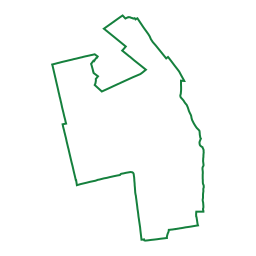 outline of Greaca, Giurgiu, Romania, rotated 270°
{"feature_id": "2599482B7970474716808", "entity_name": "Greaca", "entity_type": "district", "adm_level": 2, "iso_a3": "ROU", "parent_name": "Romania", "parent_adm1": "Giurgiu", "projection": "mercator", "projection_center": [26.317, 44.122], "detail": "fine", "context": "isolated", "style": "outline", "palette": "green", "viewbox_px": 256, "rotation_deg": 270, "n_neighbors": 0, "source": "geoboundaries", "source_scale": "gbopen_adm2", "svg_char_len": 5175}
<svg xmlns="http://www.w3.org/2000/svg" viewBox="0 0 256 256"><g transform="rotate(270 128 128)"><path d="M237.7,137.4L237.3,136.6L236.6,135.5L237.5,134.9L237.6,134.7L237.8,134.6L237.8,134.4L237.7,134.1L237.6,133.8L237.4,133.4L237.5,133.1L237.8,132.5L238.0,132.0L238.1,131.4L238.3,130.9L238.5,130.6L238.6,130.2L238.8,129.8L238.8,129.6L238.8,129.3L238.8,129.1L238.8,128.7L238.7,128.5L238.7,128.2L238.8,128.1L237.6,125.6L237.5,125.4L239.0,124.0L240.5,122.6L238.9,120.2L227.3,103.9L219.7,113.3L209.5,125.8L207.5,124.1L205.4,122.2L201.7,126.8L199.8,129.1L199.2,130.0L195.7,134.1L191.9,138.9L188.3,143.4L187.5,144.4L186.3,145.9L183.5,142.5L181.9,140.3L181.2,138.6L180.2,136.3L178.9,133.2L174.9,124.4L169.9,113.5L168.8,111.2L167.1,107.5L164.5,101.8L165.0,101.3L171.0,94.7L171.5,94.9L172.5,95.4L175.3,95.9L177.0,95.8L179.7,98.0L183.0,93.6L184.4,93.2L184.4,93.3L190.7,91.6L192.1,91.1L195.2,93.4L195.1,93.5L194.8,94.0L197.8,96.0L198.1,96.8L199.5,97.7L201.7,94.7L201.0,91.7L200.8,90.6L200.5,89.5L200.3,88.5L200.1,87.6L199.9,86.7L199.7,85.6L199.5,84.8L199.1,83.1L198.8,82.2L198.5,80.7L198.1,79.1L197.4,76.3L196.8,73.5L196.4,72.1L196.1,70.8L195.6,68.6L195.1,66.6L194.9,65.7L194.2,62.7L193.8,61.1L193.3,59.3L192.9,57.6L192.3,55.4L191.5,52.2L190.1,52.6L184.5,53.9L178.0,55.4L176.9,55.7L176.7,55.7L175.8,55.9L172.3,56.7L168.9,57.5L166.3,58.1L163.9,58.6L163.1,58.8L161.5,59.2L159.5,59.6L157.3,60.2L155.4,60.6L152.5,61.3L151.4,61.5L150.7,61.7L149.5,61.9L147.0,62.5L143.4,63.4L139.9,64.2L136.1,65.2L134.2,65.6L132.4,66.1L132.1,64.5L131.7,62.6L130.4,62.9L129.3,63.1L127.7,63.5L125.1,64.2L124.4,64.3L122.5,64.8L121.3,65.1L120.0,65.4L118.1,65.9L114.3,66.7L111.4,67.4L108.0,68.2L107.8,68.3L106.5,68.6L103.4,69.3L98.7,70.4L94.0,71.5L89.7,72.6L84.8,73.7L79.8,74.9L75.9,75.8L75.9,76.1L73.4,76.5L70.8,76.9L71.9,80.6L73.4,87.0L74.2,90.1L75.3,95.5L76.2,97.9L76.4,99.2L77.4,103.0L77.7,104.2L77.9,105.5L78.2,107.1L78.8,109.4L79.8,113.9L80.5,117.3L80.9,119.6L81.0,119.9L81.2,120.2L81.7,120.5L82.0,120.8L82.2,121.2L82.4,122.2L82.6,123.5L83.2,126.0L83.4,127.2L84.0,130.6L83.8,131.5L83.7,132.4L83.5,132.6L83.3,132.9L83.0,133.2L82.5,133.5L81.8,133.7L80.1,133.9L78.8,134.1L78.2,134.2L77.5,134.2L76.8,134.3L75.8,134.3L74.7,134.4L72.6,134.6L70.3,134.7L69.4,134.8L68.4,134.9L66.6,135.0L65.6,135.1L63.9,135.2L63.7,135.2L63.0,135.3L61.2,135.6L60.6,135.8L58.1,136.1L55.2,136.5L54.3,136.6L52.8,136.8L49.8,137.2L47.0,137.5L45.2,137.8L42.2,138.2L39.4,138.5L36.9,138.9L35.4,139.1L28.6,140.1L25.6,140.4L16.3,141.5L16.4,142.8L16.6,144.0L15.7,144.2L15.4,145.1L15.6,147.5L16.1,151.2L16.4,154.1L16.8,157.4L17.3,160.8L17.7,164.4L18.0,166.7L18.0,166.9L18.5,166.9L19.4,166.9L21.4,167.4L22.6,167.8L23.7,168.3L24.5,168.6L26.1,168.8L26.1,169.1L26.2,169.5L26.2,170.0L26.3,170.5L26.4,171.0L26.4,171.5L26.5,172.5L26.6,173.0L26.7,173.3L26.7,173.5L26.7,173.9L26.8,174.4L26.9,174.9L26.9,175.3L27.0,175.4L27.0,176.0L27.1,176.5L27.2,177.0L27.2,177.4L27.3,177.6L27.4,178.1L27.4,178.6L27.6,179.4L27.7,180.0L27.8,180.7L27.8,180.9L27.9,181.5L28.0,182.0L28.1,182.7L28.2,183.2L28.3,183.7L28.4,184.2L28.4,184.3L28.5,184.7L28.6,185.2L28.6,185.4L28.7,185.7L28.9,187.4L29.4,190.8L30.3,196.0L30.6,198.0L31.2,197.8L31.5,197.7L32.4,197.5L35.1,197.1L39.0,196.5L39.4,196.2L40.0,196.2L41.1,196.1L43.3,196.2L43.9,196.2L44.2,196.4L44.3,196.4L44.3,198.4L44.3,201.9L44.3,203.4L44.9,203.4L45.5,203.3L46.1,203.1L46.9,203.0L47.2,203.0L48.0,203.3L48.7,203.4L49.6,203.4L51.3,203.3L52.2,203.2L53.1,203.2L54.9,202.8L55.6,202.7L56.5,202.7L58.1,203.0L60.0,203.0L61.1,203.0L61.8,203.0L63.5,203.2L64.1,203.3L65.0,203.4L66.1,203.3L67.0,203.3L67.3,203.3L68.5,203.7L69.0,203.8L69.6,203.7L70.3,203.7L71.1,203.5L71.9,203.1L72.7,202.9L74.4,202.8L75.3,202.8L76.2,202.8L77.1,202.7L78.1,202.7L79.8,202.7L81.6,202.7L82.5,202.8L83.4,202.8L84.1,202.8L85.1,202.7L86.0,202.6L86.8,202.5L87.4,202.5L88.1,202.5L88.8,202.7L89.3,202.9L90.0,203.3L90.4,203.5L91.3,203.5L91.7,203.5L92.2,203.4L93.2,203.3L93.9,203.2L94.7,203.1L95.7,203.1L96.9,203.2L97.9,203.2L98.8,203.4L100.1,203.4L101.9,203.5L102.8,203.6L103.4,203.7L104.5,203.6L105.4,203.6L106.0,203.6L106.5,203.4L107.3,203.1L108.1,202.7L108.8,202.5L109.1,202.0L109.5,201.4L109.8,200.9L110.5,200.2L111.2,199.8L111.7,199.7L113.0,199.5L113.7,199.5L114.2,199.6L114.8,199.8L115.5,200.1L116.7,200.5L117.3,200.9L118.4,200.3L119.6,200.1L121.3,199.8L123.0,199.7L124.0,199.6L124.9,199.5L125.4,199.3L126.5,198.3L127.9,196.9L128.4,196.5L130.0,195.4L132.1,194.1L133.0,193.6L134.6,192.8L135.4,192.4L136.0,192.1L137.7,191.6L138.7,191.4L139.4,191.3L140.3,191.1L141.1,190.8L142.7,190.0L143.5,189.6L145.1,188.9L148.0,188.0L149.3,187.5L150.4,187.0L151.1,186.7L152.5,185.5L153.7,184.6L154.7,184.0L155.5,183.5L156.8,182.4L158.3,181.0L158.7,180.7L159.6,180.4L160.4,180.3L161.0,180.4L161.6,180.6L162.4,180.8L163.6,180.9L166.0,181.1L167.3,181.1L168.8,181.1L171.4,181.0L175.3,181.0L175.1,183.0L175.1,183.7L175.0,184.1L175.0,184.3L176.0,183.8L177.4,183.0L181.2,180.9L184.6,179.1L184.8,178.9L185.5,178.4L187.2,177.1L190.4,174.6L194.8,171.3L196.5,170.0L197.8,169.0L199.0,168.0L198.3,167.1L197.6,166.2L210.6,155.7L213.1,153.5L213.9,152.8L216.8,150.9L219.6,149.7L221.9,148.3L227.3,144.4L229.0,143.2L237.7,137.4Z" fill="none" stroke="#15803d" stroke-width="2"/></g></svg>